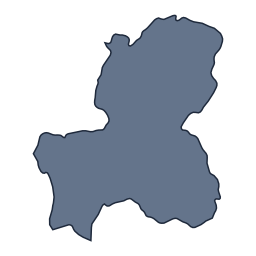 the border of Gifu
{"feature_id": "JPN-1841", "entity_name": "Gifu", "entity_type": "Prefecture", "adm_level": 1, "iso_a3": "JPN", "parent_name": "Japan", "parent_adm1": "", "projection": "natural_earth1", "projection_center": [137.038, 35.796], "detail": "fine", "context": "isolated", "style": "filled", "palette": "slate", "viewbox_px": 256, "rotation_deg": 0, "n_neighbors": 0, "source": "natural_earth", "source_scale": "10m", "svg_char_len": 3023}
<svg xmlns="http://www.w3.org/2000/svg" viewBox="0 0 256 256"><path d="M174.5,15.4L175.7,15.6L176.1,16.7L175.8,17.9L175.7,19.0L175.9,20.0L177.1,20.7L178.8,20.3L180.3,19.3L181.7,18.1L183.5,17.5L185.7,18.0L190.0,20.4L193.6,21.8L202.3,23.3L209.0,26.4L214.4,28.3L220.4,33.4L221.8,36.2L222.6,38.9L222.4,41.4L220.9,46.4L220.1,48.2L219.0,49.9L215.4,54.0L214.2,56.8L214.0,58.9L214.1,60.4L214.4,62.7L214.0,64.5L211.9,69.1L210.9,72.7L211.7,75.7L213.5,78.4L215.5,80.5L216.9,83.2L216.9,85.4L216.2,87.5L213.6,92.7L208.3,101.0L203.4,107.2L201.9,110.0L200.4,111.9L198.5,112.8L195.6,112.4L193.2,112.3L190.7,113.4L188.4,115.4L183.2,123.0L181.1,126.9L181.5,128.9L182.5,130.0L185.8,130.4L187.4,131.1L188.6,132.4L189.6,133.8L191.1,134.8L195.0,136.0L196.5,137.1L197.8,138.6L201.7,147.5L202.9,149.6L206.1,153.5L207.1,155.6L207.2,157.7L207.0,163.2L209.5,171.9L210.0,172.9L210.4,173.4L211.1,174.0L214.0,175.6L217.4,179.5L218.8,183.9L218.8,186.7L218.2,189.6L218.6,191.7L220.3,196.9L220.1,198.5L219.2,199.2L216.2,198.9L215.2,199.5L214.6,200.8L216.2,205.2L216.5,208.1L215.7,210.7L214.5,212.7L212.3,218.1L205.7,221.1L204.3,222.3L201.0,224.6L194.9,227.4L192.8,227.5L190.7,226.6L187.6,223.8L185.6,222.8L182.8,221.8L177.0,218.5L175.1,218.3L172.9,218.8L164.0,223.1L161.3,223.2L159.7,222.9L158.4,222.3L154.0,218.7L152.2,217.7L150.5,217.1L148.3,216.8L147.2,216.4L146.1,215.6L144.5,212.3L143.3,211.0L142.0,210.0L141.3,209.3L140.8,208.5L139.9,206.3L139.2,204.8L138.1,203.6L135.2,202.0L131.4,199.1L129.8,198.5L127.9,198.9L126.9,199.2L123.8,200.8L115.3,202.7L112.5,203.9L109.4,205.8L108.2,206.0L107.1,206.0L105.3,204.8L104.5,204.0L103.1,204.8L102.0,206.3L98.2,214.5L91.9,223.9L91.4,227.5L90.9,240.6L83.3,237.3L78.6,234.5L74.9,231.2L73.7,229.4L72.3,226.2L70.8,225.1L69.0,224.7L52.8,229.7L49.7,224.7L49.6,218.8L52.2,209.8L52.8,205.5L53.4,203.2L54.1,197.0L52.7,186.8L50.2,178.5L48.7,175.1L47.5,172.9L45.8,172.4L44.5,173.2L42.8,173.0L41.0,171.5L39.0,167.7L38.2,165.0L37.8,161.5L33.4,153.7L37.9,145.2L39.9,136.8L41.1,135.0L42.7,133.8L44.5,133.0L46.3,132.7L48.3,133.0L53.0,134.8L55.2,135.1L57.3,135.0L59.1,135.1L60.8,135.4L63.7,137.5L64.8,137.6L65.5,136.1L66.4,134.7L68.1,133.8L82.6,130.8L85.7,130.8L90.4,131.7L93.0,131.6L96.1,130.5L98.5,130.1L102.7,129.9L104.2,128.7L106.2,125.0L108.0,123.0L109.0,121.0L108.9,118.6L107.6,115.3L105.7,112.3L103.9,110.3L102.2,109.3L98.6,108.3L97.1,107.4L95.8,106.2L94.9,104.6L94.6,102.6L94.7,100.5L95.2,97.6L95.8,90.5L97.0,86.2L97.9,84.1L98.2,82.6L97.7,80.1L101.1,74.7L102.3,67.6L103.5,65.2L110.3,55.2L111.0,52.6L110.5,50.5L107.5,47.5L106.5,46.1L105.0,42.8L108.3,43.6L109.5,43.3L110.7,42.4L111.3,40.9L111.8,38.9L112.6,36.6L113.8,35.0L115.6,34.1L119.9,35.0L122.3,35.0L125.5,35.8L127.4,36.9L128.7,38.2L129.2,39.6L129.2,40.9L128.4,44.2L128.9,45.6L130.5,46.0L133.1,44.3L136.1,40.9L137.0,40.1L138.6,39.1L140.0,38.1L141.2,36.2L141.7,34.5L142.1,32.7L142.7,31.7L143.8,30.7L145.5,29.6L147.5,27.9L154.6,20.0L156.5,18.7L158.6,18.0L160.6,18.8L162.2,19.2L164.0,19.4L172.8,15.7L174.5,15.4Z" fill="#64748b" stroke="#1e293b" stroke-width="1.5"/></svg>